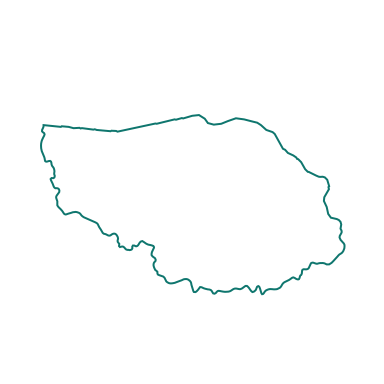 outline of San Antonio La Paz, El Progreso, Guatemala, rotated 154°
{"feature_id": "79465075B78137762102304", "entity_name": "San Antonio La Paz", "entity_type": "district", "adm_level": 2, "iso_a3": "GTM", "parent_name": "Guatemala", "parent_adm1": "El Progreso", "projection": "albers", "projection_center": [-90.259, 14.742], "detail": "fine", "context": "isolated", "style": "outline", "palette": "teal", "viewbox_px": 384, "rotation_deg": 154, "n_neighbors": 0, "source": "geoboundaries", "source_scale": "gbopen_adm2", "svg_char_len": 5010}
<svg xmlns="http://www.w3.org/2000/svg" viewBox="0 0 384 384"><g transform="rotate(154 192 192)"><path d="M296.1,317.2L296.9,315.7L297.9,314.8L298.9,314.0L299.6,313.4L300.2,312.2L299.8,311.0L299.1,309.7L299.2,308.5L300.2,307.4L301.2,306.7L302.5,305.7L303.7,304.7L304.6,303.9L305.5,302.8L306.4,301.6L306.9,300.7L307.4,299.8L307.9,298.6L308.4,297.4L308.7,296.2L309.1,294.6L309.5,288.1L309.7,287.0L309.9,286.2L310.2,285.3L310.4,284.0L309.8,283.2L308.6,282.8L307.2,282.6L306.0,282.2L305.4,281.2L305.6,279.8L306.1,278.5L306.3,277.0L306.1,275.9L305.8,274.6L305.9,273.1L306.1,272.3L306.5,271.0L307.2,269.9L308.0,268.6L308.3,266.6L309.3,265.4L310.4,265.2L311.4,265.7L312.1,266.1L313.4,265.6L313.6,264.3L313.6,263.4L313.6,262.2L313.6,260.5L313.8,258.4L313.9,257.3L313.7,256.2L313.2,255.3L311.9,254.7L311.0,254.1L310.4,252.9L310.5,251.6L311.3,250.2L312.3,249.6L313.1,249.2L314.0,248.7L315.2,248.1L316.2,247.2L316.6,246.4L316.8,245.3L317.1,242.7L318.4,240.1L318.9,239.0L318.7,237.4L318.3,236.1L317.6,234.2L317.3,233.1L317.0,232.1L316.8,230.7L316.6,229.0L316.3,228.0L315.3,227.1L313.9,226.9L313.0,226.8L311.8,226.6L310.1,226.3L307.8,226.0L306.5,225.5L305.5,225.2L304.3,224.4L302.9,223.0L302.3,222.2L301.9,221.0L301.6,219.4L301.3,218.6L300.7,217.4L300.2,216.6L292.0,206.9L291.0,205.3L290.8,204.4L290.8,202.9L290.8,201.0L290.6,199.6L290.4,198.1L290.3,196.6L290.2,195.3L290.2,194.5L289.6,193.2L288.4,192.2L287.8,191.6L287.0,190.5L286.4,189.7L285.6,189.1L284.8,188.8L283.9,188.8L283.0,189.0L281.7,189.1L280.3,188.8L279.3,188.0L278.7,186.8L278.6,186.0L278.5,185.0L278.5,183.9L279.0,182.3L280.0,181.2L280.6,179.9L280.4,178.6L280.1,177.2L281.3,175.4L280.9,174.1L279.7,173.9L278.6,173.6L277.7,172.9L277.1,171.6L276.9,170.6L276.5,169.4L275.6,168.4L274.7,168.0L273.7,167.2L272.5,166.8L271.4,166.8L270.4,167.4L270.0,168.2L269.7,169.0L268.6,169.8L267.5,169.3L266.9,168.6L266.1,167.7L265.1,167.5L264.0,167.7L263.1,168.2L262.0,168.9L261.2,169.4L259.8,169.9L258.2,169.7L257.5,168.6L256.9,167.6L255.8,165.6L255.0,164.6L254.4,163.9L252.7,162.6L251.3,161.4L250.4,160.4L250.3,159.1L250.9,158.3L252.1,157.4L254.4,155.5L255.1,154.6L255.6,153.9L256.0,152.8L255.6,151.2L254.9,149.9L254.3,148.7L254.3,147.2L254.9,146.1L256.0,145.6L256.9,145.3L257.7,144.6L258.4,143.6L258.8,142.7L259.1,141.2L259.2,139.8L259.2,138.0L258.5,136.7L258.1,135.4L258.7,134.2L258.9,132.9L258.1,131.8L254.9,128.6L254.3,127.0L254.3,125.3L254.3,122.9L253.8,121.8L252.9,120.5L252.3,119.9L251.1,119.1L249.2,118.4L247.2,117.9L245.9,117.8L242.8,117.5L240.0,117.2L238.2,117.2L237.3,117.1L236.0,116.6L235.0,116.1L234.1,115.3L233.5,114.4L232.8,112.8L232.6,111.6L232.7,110.5L233.2,108.8L234.2,102.5L234.2,101.4L233.0,100.6L231.8,100.6L230.6,101.0L229.1,101.6L228.2,102.1L226.4,103.0L225.4,102.4L224.8,101.8L223.8,100.5L222.9,99.6L222.1,98.9L220.4,97.5L219.1,96.7L218.1,95.7L217.6,94.2L217.6,93.2L217.4,91.6L216.3,90.7L214.8,90.8L213.6,91.4L212.3,91.7L211.4,91.5L210.3,90.8L209.3,90.0L207.8,88.9L206.6,88.1L205.7,87.6L203.0,86.5L201.6,86.2L200.3,86.2L199.0,86.4L197.4,86.6L196.2,86.5L194.8,86.0L192.1,84.0L191.1,83.5L190.1,83.4L189.2,83.4L187.6,83.7L186.1,84.0L185.1,84.1L183.8,83.5L183.3,82.4L182.9,81.0L182.3,77.3L181.6,75.6L180.2,75.3L178.8,75.6L177.8,75.9L177.0,76.5L176.2,77.3L175.0,78.3L173.7,78.4L173.1,77.5L173.1,76.6L173.2,75.4L174.0,70.6L173.8,69.4L172.7,69.2L171.6,69.7L170.2,70.6L168.6,71.1L167.5,71.1L166.1,71.0L164.5,70.6L162.5,69.5L160.9,68.5L159.0,67.7L157.9,67.4L156.8,67.4L155.6,67.4L154.5,67.5L153.7,67.9L152.8,68.4L152.1,68.9L151.2,69.5L149.9,70.1L148.5,70.4L143.4,70.4L141.9,70.6L140.8,70.8L139.8,71.0L138.5,70.9L137.4,69.8L136.8,68.7L136.0,67.7L135.0,66.9L134.1,66.8L133.0,67.6L132.1,68.7L131.3,69.4L130.2,69.6L129.1,70.5L127.4,73.2L126.7,73.7L125.4,73.6L124.2,72.9L122.7,72.2L121.6,72.1L120.7,72.3L120.0,72.8L116.3,75.8L114.9,75.8L114.0,75.3L112.9,74.2L112.3,73.6L111.6,73.0L110.8,72.6L109.1,72.3L107.8,71.9L106.9,71.4L105.5,70.8L104.2,69.8L102.7,67.9L101.5,67.3L100.3,66.8L99.0,67.0L97.7,67.1L95.4,67.9L89.6,70.2L88.5,70.7L87.1,71.2L86.1,71.3L85.2,71.4L84.3,71.5L83.2,71.9L81.8,72.7L80.5,73.9L79.7,74.7L78.8,76.2L78.4,77.0L78.1,77.9L78.1,79.2L78.7,81.2L79.0,82.4L79.4,83.6L79.4,85.5L79.3,86.5L78.4,87.8L75.8,89.6L75.0,90.4L74.5,91.9L74.6,92.9L74.6,93.9L72.1,97.4L71.6,100.1L72.3,102.4L73.7,104.2L78.4,108.0L79.2,112.6L77.5,119.5L77.4,126.1L75.4,129.3L67.7,134.5L67.2,136.6L66.2,137.0L65.1,143.7L66.2,146.9L67.8,148.4L70.2,149.4L71.4,150.2L73.2,152.3L78.3,158.9L79.1,159.4L80.3,162.9L80.8,171.0L82.2,175.0L83.1,175.8L83.1,177.2L84.9,180.4L88.7,185.1L89.8,189.1L91.3,191.0L92.2,207.9L93.3,210.5L98.0,215.2L100.7,221.9L103.0,225.7L107.2,229.2L113.3,234.4L120.2,239.0L128.7,240.0L135.8,240.5L142.9,243.0L147.5,247.0L148.4,252.3L152.0,258.1L158.4,260.4L167.7,262.0L168.7,262.9L174.7,264.0L175.8,264.9L193.8,268.8L194.9,269.6L232.5,278.9L233.4,280.1L237.6,282.4L238.5,282.3L250.4,289.5L251.9,291.0L253.3,291.3L263.0,297.7L264.2,297.9L265.0,299.0L270.5,301.3L274.3,304.6L280.3,308.2L281.3,308.0L296.1,317.2Z" fill="none" stroke="#0f766e" stroke-width="2"/></g></svg>